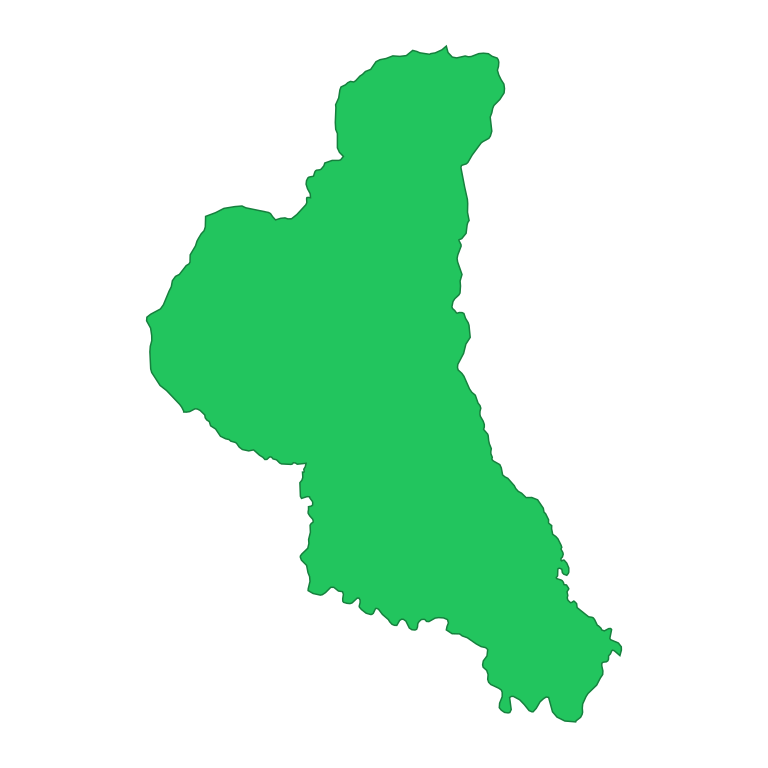 the district of Bongo, Chhukha, Bhutan
{"feature_id": "84629894B25129658957997", "entity_name": "Bongo", "entity_type": "district", "adm_level": 2, "iso_a3": "BTN", "parent_name": "Bhutan", "parent_adm1": "Chhukha", "projection": "robinson", "projection_center": [89.655, 26.924], "detail": "fine", "context": "isolated", "style": "filled", "palette": "green", "viewbox_px": 768, "rotation_deg": 0, "n_neighbors": 0, "source": "geoboundaries", "source_scale": "gbopen_adm2", "svg_char_len": 6085}
<svg xmlns="http://www.w3.org/2000/svg" viewBox="0 0 768 768"><path d="M205.6,216.4L205.3,226.9L204.1,230.7L201.3,233.7L198.5,238.3L197.0,241.1L195.5,245.9L190.2,254.8L190.0,262.2L188.9,264.0L186.2,265.6L179.4,274.4L175.5,276.4L172.4,280.7L171.3,286.7L169.1,291.1L163.4,304.8L160.4,309.0L150.7,314.2L146.9,317.2L146.6,320.8L150.6,328.1L151.7,335.5L151.8,340.6L150.3,346.2L149.9,351.8L150.7,368.9L151.7,372.5L160.1,385.5L166.5,390.5L179.8,404.5L181.8,407.3L183.7,411.1L183.7,412.0L186.4,412.1L189.7,411.6L195.0,408.8L197.3,409.0L200.1,410.4L204.8,415.0L205.2,417.8L206.8,420.0L209.3,421.6L210.6,425.8L215.6,429.0L220.5,436.3L225.7,438.8L229.2,439.6L230.7,441.1L235.5,442.5L236.7,443.5L239.2,447.1L242.3,449.5L248.7,450.9L253.6,449.9L259.5,455.2L262.9,457.3L264.9,459.5L266.9,459.4L269.5,457.0L270.8,456.9L271.8,457.4L273.0,458.9L276.5,459.8L279.7,463.0L281.5,463.9L291.0,464.4L292.5,463.9L293.3,462.7L295.5,463.0L297.2,464.2L306.1,463.3L305.2,466.9L303.8,469.2L304.2,471.4L303.8,472.2L302.5,472.1L302.8,477.4L301.9,480.2L299.9,482.7L300.4,496.3L301.5,498.4L307.1,496.6L309.5,496.8L310.0,498.2L312.3,501.3L312.7,502.3L312.6,505.0L311.3,506.1L308.5,506.7L308.5,509.7L308.1,511.9L308.2,513.4L309.9,516.1L312.6,519.1L313.2,520.8L313.1,522.1L311.2,523.5L310.1,525.2L310.4,532.3L308.6,539.5L308.9,543.4L307.8,548.2L301.8,554.0L300.4,556.0L300.3,557.1L301.4,560.1L306.6,565.4L308.0,572.6L309.6,576.6L310.0,581.4L308.2,588.8L308.1,590.6L313.1,593.5L320.3,595.1L322.3,594.7L325.5,592.6L330.8,587.3L333.8,587.3L338.4,591.0L342.5,591.7L343.4,594.3L342.7,598.8L342.8,601.2L343.6,602.3L346.9,603.3L350.0,603.6L352.1,602.9L357.2,598.1L359.0,598.1L360.1,600.0L360.1,602.6L359.2,606.2L359.4,607.1L361.4,609.5L366.1,613.2L370.6,614.5L371.8,614.4L373.3,613.3L375.3,609.0L375.8,608.4L377.0,608.5L378.5,609.2L382.4,614.4L388.4,619.6L389.7,621.8L392.0,624.3L394.4,625.3L396.8,625.4L399.6,620.5L401.6,619.2L403.4,619.3L405.9,621.1L409.3,628.0L411.8,629.7L415.0,630.0L416.6,629.3L417.5,627.0L417.8,623.6L419.1,621.5L421.4,619.5L424.1,619.3L425.1,619.7L426.5,621.4L428.9,621.6L435.1,618.1L438.6,617.6L443.5,617.9L447.5,619.6L448.4,623.0L447.0,626.5L446.3,629.9L452.1,633.7L459.6,633.9L462.2,635.9L467.3,637.7L476.2,643.9L481.1,646.6L485.6,647.6L487.7,649.5L487.0,655.9L483.3,660.9L482.6,664.9L483.2,667.3L486.7,670.4L488.1,674.6L487.7,679.3L488.6,682.2L490.8,684.5L498.7,688.2L501.3,690.0L502.2,692.3L502.2,696.7L499.6,703.2L499.3,707.7L501.2,710.1L504.5,712.4L508.1,712.9L509.8,712.5L511.2,709.6L509.6,697.5L511.3,696.4L513.4,696.4L519.7,699.8L524.2,704.5L529.1,710.6L531.9,711.8L533.1,711.8L536.2,708.4L540.0,701.9L543.6,698.6L546.2,697.0L548.6,697.4L552.5,711.8L557.0,717.1L564.8,721.0L575.7,721.9L576.1,720.8L580.6,717.3L582.1,714.4L582.6,712.2L582.3,708.1L582.7,703.9L586.0,696.6L588.0,693.5L596.7,685.1L600.3,678.1L602.7,674.5L602.9,671.0L601.8,665.9L601.8,663.3L603.1,662.2L606.4,661.8L607.8,660.8L608.5,659.2L608.6,655.8L610.4,653.9L611.8,650.7L612.4,650.2L614.1,650.6L619.9,655.6L621.4,650.1L621.3,646.8L618.4,643.0L610.8,639.8L609.8,638.5L611.6,629.6L611.2,629.0L610.5,628.5L608.7,628.6L604.3,630.9L601.7,629.9L600.9,628.1L598.4,625.8L597.4,625.4L594.6,619.6L593.3,617.9L592.0,617.3L588.6,616.8L577.1,607.6L576.6,603.6L574.3,601.3L573.6,601.1L572.0,602.3L570.5,602.7L567.9,600.2L567.2,597.9L567.8,595.4L567.0,591.8L568.8,588.9L568.6,588.3L566.5,585.0L564.0,584.6L563.4,582.4L562.3,580.8L561.3,580.1L556.7,578.6L556.2,577.7L557.6,575.8L557.8,569.7L558.0,568.8L558.8,568.3L559.6,568.2L561.8,569.3L562.4,572.7L563.8,574.2L566.8,575.3L568.3,573.4L568.8,572.1L568.8,568.0L566.8,563.2L564.2,560.2L563.3,560.1L561.6,560.9L561.0,560.3L561.1,558.3L562.4,557.0L563.2,554.2L562.8,552.4L561.2,549.5L561.0,548.9L561.8,547.3L561.0,545.0L557.9,538.8L555.8,536.5L552.7,534.3L551.6,528.8L551.7,525.6L548.8,523.3L548.5,522.5L548.6,519.8L545.6,513.7L544.0,512.1L543.3,508.2L537.6,499.8L531.8,497.5L526.1,497.6L521.6,493.2L518.3,491.4L515.7,488.5L514.3,485.7L507.8,478.3L505.0,476.9L502.6,474.9L501.3,467.9L499.8,464.6L493.4,461.0L492.2,459.8L491.9,458.9L492.3,457.3L490.9,453.8L490.8,451.8L491.3,448.6L489.4,443.9L488.7,440.8L488.2,435.8L487.7,434.2L483.6,429.4L484.3,427.0L484.3,424.5L483.2,421.2L480.3,416.2L479.9,414.1L480.0,411.3L480.8,408.2L480.0,405.6L478.0,403.0L475.3,395.2L471.8,392.3L469.5,388.9L463.9,376.2L461.9,373.4L458.1,369.9L457.5,367.5L457.8,364.4L463.6,353.4L465.9,344.1L470.2,337.4L469.0,325.3L468.2,322.8L465.5,318.3L463.9,313.5L462.1,312.6L459.4,312.5L457.1,313.2L456.4,312.8L454.7,310.5L452.6,308.6L451.9,306.9L453.0,301.5L454.8,298.7L458.9,294.9L460.0,293.0L460.5,286.0L460.1,281.0L462.0,274.5L457.6,261.9L457.1,258.4L457.8,254.9L461.1,246.2L461.0,244.6L459.0,240.6L459.0,239.7L461.7,238.7L466.1,233.3L467.1,225.0L467.8,222.5L469.1,220.5L467.5,212.3L467.7,203.6L467.4,199.4L464.6,186.8L460.9,167.5L461.4,165.7L462.1,165.2L466.4,163.8L467.9,162.4L472.2,155.0L481.0,143.1L482.6,141.8L488.9,138.3L490.4,136.0L491.8,131.2L490.2,117.1L491.8,112.8L492.7,108.4L493.9,105.5L499.9,99.4L504.1,92.9L504.5,88.6L503.9,84.1L501.1,79.7L498.8,75.0L497.4,70.2L498.5,66.3L498.8,62.2L498.3,60.0L497.2,58.1L492.1,56.3L488.4,53.7L483.5,53.2L478.8,53.6L471.3,56.5L468.4,56.8L465.2,56.0L456.7,57.9L452.3,57.1L448.0,52.5L446.3,46.1L441.8,49.9L435.2,52.9L430.8,53.6L429.6,54.3L419.8,52.8L416.9,51.5L412.7,50.4L406.3,55.6L399.8,56.4L392.8,55.9L386.1,58.5L380.0,59.7L376.0,61.7L370.7,69.4L365.4,71.5L362.5,74.4L359.9,76.1L355.7,80.7L353.7,82.0L350.5,81.4L347.8,82.7L345.5,84.8L341.0,87.0L339.9,89.9L338.7,97.9L335.6,104.8L335.9,107.5L335.3,122.5L335.7,129.3L337.4,133.5L337.4,147.9L339.5,152.4L343.4,156.4L340.6,159.9L338.8,160.4L332.2,160.4L324.8,163.0L323.9,165.8L321.1,169.2L319.8,169.8L316.5,170.2L315.5,170.9L314.8,172.0L313.5,176.2L309.0,177.1L307.9,177.9L306.5,180.7L306.1,184.2L307.5,188.7L310.2,193.7L310.5,197.7L308.1,197.4L306.9,197.6L306.6,198.7L306.8,202.6L305.9,204.7L296.9,214.5L291.5,218.8L287.9,218.9L285.0,217.9L280.7,218.3L275.5,219.9L272.7,216.8L270.5,213.6L268.6,212.5L245.8,207.8L242.0,206.0L234.8,206.6L223.9,208.4L215.5,212.7L205.6,216.4Z" fill="#22c55e" stroke="#15803d" stroke-width="1.5"/></svg>